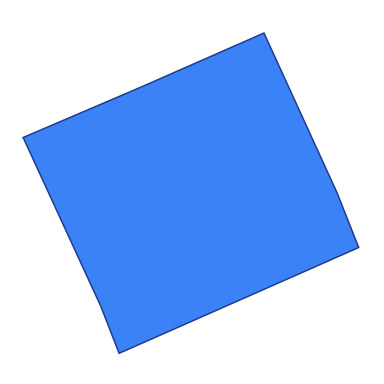 the district of Missaukee, Michigan, United States of America, rotated 156°
{"feature_id": "52423323B75954483528672", "entity_name": "Missaukee", "entity_type": "district", "adm_level": 2, "iso_a3": "USA", "parent_name": "United States of America", "parent_adm1": "Michigan", "projection": "robinson", "projection_center": [-85.123, 44.337], "detail": "fine", "context": "isolated", "style": "filled", "palette": "blue", "viewbox_px": 384, "rotation_deg": 156, "n_neighbors": 0, "source": "geoboundaries", "source_scale": "gbopen_adm2", "svg_char_len": 261}
<svg xmlns="http://www.w3.org/2000/svg" viewBox="0 0 384 384"><g transform="rotate(156 192 192)"><path d="M61.6,308.0L196.0,308.6L324.1,310.5L321.8,124.6L324.2,74.3L62.3,73.5L59.8,132.2L61.6,308.0Z" fill="#3b82f6" stroke="#1e3a8a" stroke-width="1.5"/></g></svg>